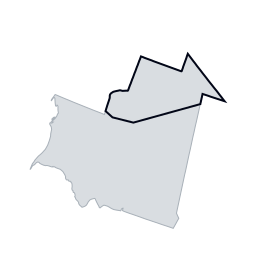 location of Tiris Zemmour within Mauritania, rotated 20°
{"feature_id": "MRT-2783", "entity_name": "Tiris Zemmour", "entity_type": "Region", "adm_level": 1, "iso_a3": "MRT", "parent_name": "Mauritania", "parent_adm1": "", "projection": "albers", "projection_center": [-9.84, 24.319], "detail": "fine", "context": "in_parent", "style": "outline", "palette": "ink", "viewbox_px": 256, "rotation_deg": 20, "n_neighbors": 0, "source": "natural_earth", "source_scale": "10m", "svg_char_len": 4891}
<svg xmlns="http://www.w3.org/2000/svg" viewBox="0 0 256 256"><g transform="rotate(20 128 128)"><path d="M109.5,217.2L109.1,217.1L107.7,216.1L107.0,214.8L105.8,213.9L104.2,213.2L103.1,212.5L102.6,211.7L102.1,211.2L101.4,210.9L101.4,210.6L101.5,210.2L101.4,209.5L100.5,207.9L99.6,207.1L98.8,207.2L98.4,207.0L98.1,206.6L98.1,206.1L97.5,205.6L96.7,205.4L96.0,204.2L95.5,202.0L94.8,200.3L94.0,199.0L93.3,198.6L92.9,198.5L92.7,198.3L92.6,197.9L91.9,197.8L91.0,198.1L90.1,198.0L89.7,197.3L89.1,197.3L88.4,197.8L87.6,197.6L86.7,196.8L86.2,196.0L86.1,195.2L84.7,193.6L81.7,191.2L78.5,190.0L75.0,190.0L73.0,189.9L72.6,189.5L72.2,189.5L71.7,189.9L71.2,190.0L70.8,189.7L70.4,189.9L70.3,190.5L69.0,190.7L66.7,190.7L64.8,190.9L63.3,191.6L61.2,191.8L58.5,191.6L57.0,191.3L56.4,190.8L55.7,190.7L54.7,190.9L53.7,192.0L52.9,194.0L52.2,195.1L51.6,195.4L51.0,196.9L50.6,199.5L50.1,200.6L50.4,194.2L51.2,191.8L51.6,189.7L53.4,185.1L55.5,181.4L57.6,176.4L58.4,171.6L58.4,166.7L58.1,162.4L57.3,159.6L56.7,155.4L55.5,153.2L53.2,151.2L52.8,150.1L53.3,149.7L54.8,149.5L55.7,148.0L53.8,148.5L56.2,144.1L57.0,141.1L57.0,139.0L57.5,137.8L56.0,135.0L54.8,131.6L54.2,131.0L53.5,130.7L53.4,131.5L53.0,132.2L52.2,131.7L50.9,129.2L49.1,125.0L48.4,124.6L47.8,125.1L47.4,125.6L46.6,128.9L46.4,127.6L46.8,126.0L47.4,124.1L48.1,121.5L49.8,121.5L52.9,121.7L59.1,122.0L62.1,122.1L68.3,122.4L71.4,122.5L77.6,122.7L80.6,122.8L86.8,123.0L89.9,123.1L96.1,123.2L99.2,123.3L101.2,123.4L101.1,121.4L101.1,119.9L101.0,117.9L100.9,115.8L100.8,113.8L100.7,111.9L100.7,110.0L100.6,108.2L100.5,106.6L100.4,105.6L99.8,103.7L99.7,102.8L99.9,101.9L100.3,100.9L101.5,99.3L103.4,98.0L105.5,96.6L107.1,95.5L107.9,95.2L110.4,94.9L112.3,94.1L114.2,93.3L115.0,92.8L115.2,91.2L115.7,56.3L124.9,56.4L127.3,56.4L144.2,56.5L146.7,56.5L159.0,56.4L159.0,54.8L158.9,52.4L158.9,49.2L158.9,45.9L158.8,40.2L158.8,37.8L161.2,39.4L166.1,42.5L168.5,44.1L173.4,47.2L178.4,50.3L183.3,53.4L185.8,55.0L188.2,56.5L190.7,58.0L193.2,59.6L198.2,62.6L200.3,63.9L203.5,65.9L206.5,67.9L209.6,69.8L205.0,69.9L198.9,70.1L194.7,70.3L190.4,70.4L186.4,70.5L186.8,73.8L187.3,77.3L187.7,80.9L188.2,84.5L188.7,88.1L190.1,98.8L190.5,102.4L191.0,106.0L191.5,109.6L191.9,113.2L192.9,120.3L193.4,123.9L193.9,127.5L194.3,131.0L194.8,134.6L195.3,138.2L196.3,145.3L196.8,148.9L197.2,152.5L197.7,156.0L198.2,159.6L198.7,163.2L199.2,166.7L199.7,170.3L200.7,177.4L201.2,180.9L201.7,184.5L202.2,188.1L202.7,191.5L204.4,193.3L206.6,195.5L206.1,198.7L205.5,202.6L204.8,206.8L199.0,206.9L193.2,207.1L178.9,207.4L176.0,207.5L161.7,207.6L158.8,207.7L153.3,207.7L151.6,207.6L151.0,207.3L150.8,205.1L150.3,205.3L149.8,205.9L149.5,206.6L149.6,207.5L149.5,208.3L147.6,208.6L145.1,209.1L142.5,209.5L139.9,209.3L139.0,209.1L138.0,208.9L135.9,208.5L134.8,208.5L133.4,208.6L131.9,208.7L131.4,209.1L130.2,210.7L129.1,212.6L128.3,212.6L127.5,211.6L125.2,209.6L122.5,207.0L121.3,205.7L120.6,205.6L119.3,206.5L118.1,207.3L116.9,208.5L116.4,209.7L115.9,211.1L115.7,212.8L115.3,214.7L114.3,216.2L113.1,217.3L112.3,217.9L111.9,218.2L109.5,217.2ZM54.9,145.2L54.0,146.6L53.6,146.0L53.5,145.1L54.4,143.8L54.8,143.1L55.4,142.9L54.9,145.2Z" fill="#d9dde1" stroke="#a8b0b8" stroke-width="1"/><path d="M158.8,37.8L161.4,39.5L163.9,41.1L166.5,42.8L169.1,44.4L171.6,46.1L174.2,47.7L176.8,49.3L179.4,51.0L182.0,52.6L184.6,54.2L187.2,55.9L189.8,57.5L192.0,58.8L194.2,60.2L196.5,61.6L198.4,62.7L198.7,62.9L200.3,63.9L202.6,65.4L204.9,66.8L207.2,68.3L209.6,69.8L206.7,69.9L203.8,70.0L200.9,70.1L198.0,70.2L195.1,70.3L192.2,70.3L189.3,70.4L186.4,70.5L186.6,71.6L186.7,72.8L186.9,73.9L187.0,75.1L187.2,76.2L187.3,77.4L187.5,78.5L187.6,79.7L187.8,80.8L131.2,121.1L109.8,123.3L101.4,119.9L101.1,119.8L100.8,113.8L100.7,110.2L100.6,106.6L100.4,105.6L99.8,103.8L99.7,102.8L99.9,101.9L100.3,101.0L101.5,99.4L101.8,99.0L103.1,98.1L104.8,97.0L106.3,96.1L107.1,95.5L107.9,95.2L110.1,95.0L110.6,94.8L113.6,93.5L114.9,93.1L115.1,92.9L115.2,92.4L115.2,91.2L115.2,90.1L115.2,89.1L115.2,88.0L115.2,86.9L115.3,85.8L115.3,84.7L115.3,83.6L115.3,82.5L115.3,81.4L115.3,80.3L115.4,79.2L115.4,78.1L115.4,77.0L115.4,76.0L115.4,74.9L115.4,73.8L115.5,72.7L115.5,71.6L115.5,70.5L115.5,69.4L115.5,68.3L115.5,67.2L115.6,66.1L115.6,65.0L115.6,63.9L115.6,62.8L115.6,61.8L115.6,60.7L115.7,59.6L115.7,58.5L115.7,57.4L115.7,56.3L117.0,56.3L118.3,56.3L119.6,56.4L120.9,56.4L122.3,56.4L123.6,56.4L124.9,56.4L126.2,56.4L127.5,56.4L128.8,56.5L130.1,56.5L131.4,56.5L132.7,56.5L134.0,56.5L135.3,56.5L136.6,56.5L137.9,56.5L139.2,56.5L140.6,56.5L141.9,56.5L143.2,56.5L144.5,56.5L145.8,56.5L147.1,56.5L148.4,56.5L149.7,56.5L151.0,56.5L152.3,56.5L153.6,56.5L154.9,56.5L156.2,56.5L157.5,56.5L158.6,56.5L158.9,56.4L159.0,56.2L159.0,55.5L159.0,55.3L159.0,54.8L159.0,53.9L159.0,52.8L158.9,51.4L158.9,49.9L158.9,48.3L158.9,46.7L158.9,45.0L158.9,43.4L158.9,41.9L158.8,40.6L158.8,39.5L158.8,38.6L158.8,38.0L158.8,37.8Z" fill="none" stroke="#020617" stroke-width="2"/></g></svg>